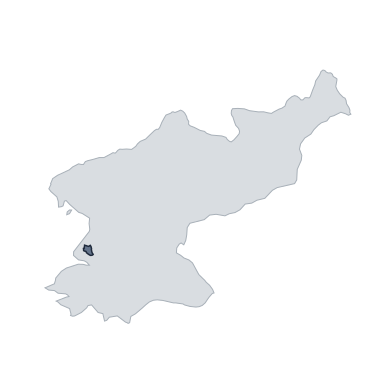 Kangso, P'yŏngan-namdo, North Korea shown in context, rotated 11°
{"feature_id": "82179303B75449776739739", "entity_name": "Kangso", "entity_type": "district", "adm_level": 2, "iso_a3": "PRK", "parent_name": "North Korea", "parent_adm1": "P'yŏngan-namdo", "projection": "robinson", "projection_center": [125.47, 38.953], "detail": "fine", "context": "in_parent", "style": "filled", "palette": "slate", "viewbox_px": 384, "rotation_deg": 11, "n_neighbors": 0, "source": "geoboundaries", "source_scale": "gbopen_adm2", "svg_char_len": 3736}
<svg xmlns="http://www.w3.org/2000/svg" viewBox="0 0 384 384"><g transform="rotate(11 192 192)"><path d="M232.9,286.9L231.3,287.7L228.6,292.4L226.1,298.3L223.7,301.4L220.9,303.2L217.8,304.2L211.8,304.7L206.3,304.3L204.5,303.6L197.0,304.0L194.9,304.4L184.1,304.0L178.4,304.5L174.8,305.6L171.2,308.0L168.1,311.6L165.3,315.4L159.7,322.4L155.7,325.8L155.7,330.7L155.7,332.2L154.3,333.2L153.8,332.8L151.5,332.4L142.3,327.9L134.7,330.7L132.8,334.2L130.8,335.4L127.7,328.4L122.8,328.2L115.0,322.0L111.6,323.3L110.7,325.8L106.4,331.4L100.4,336.1L98.5,336.7L96.3,336.4L96.6,335.1L94.1,329.8L84.7,327.7L81.3,325.5L79.5,325.0L88.8,319.1L91.2,318.1L89.4,316.7L87.4,316.1L79.8,316.9L75.8,315.0L70.1,315.6L66.0,314.1L74.4,308.4L74.8,305.0L74.7,302.4L78.9,294.8L83.2,290.6L94.1,284.6L98.9,283.8L102.4,284.0L105.2,283.4L102.2,281.1L99.3,280.1L93.6,280.3L87.8,276.9L87.2,273.2L98.7,250.3L98.8,248.2L97.0,242.6L96.5,237.2L88.3,234.0L84.7,233.6L74.3,227.5L70.1,224.4L68.5,225.3L68.1,230.2L66.7,231.3L63.9,232.3L62.5,226.7L60.3,222.6L53.4,218.5L50.9,216.2L52.1,211.3L51.6,210.9L52.7,205.4L56.9,201.2L67.4,193.6L70.1,190.1L75.3,186.0L77.7,186.1L80.2,185.7L80.9,183.9L81.5,182.5L83.6,181.2L88.6,178.9L94.4,175.9L99.0,175.0L104.6,170.5L106.9,168.5L109.2,168.5L109.9,167.6L111.2,165.3L112.9,163.7L115.4,163.4L119.5,162.3L124.6,161.7L128.1,157.9L129.3,155.2L131.5,152.2L136.4,148.9L139.7,144.1L143.4,138.9L145.2,137.2L146.9,136.9L148.0,134.9L149.1,129.4L150.8,124.0L151.8,121.4L156.1,118.7L157.1,117.3L158.1,116.9L160.1,117.2L162.7,115.6L165.2,113.8L167.5,114.4L169.8,115.9L172.3,118.9L173.4,121.3L175.3,123.3L175.7,126.2L177.6,127.4L181.7,128.1L188.4,130.0L192.7,130.1L195.2,131.6L200.3,132.4L210.6,131.3L214.9,131.9L216.6,133.7L219.3,135.2L221.0,135.3L223.2,132.8L225.6,128.8L227.2,125.7L227.1,123.3L225.6,120.7L222.2,118.2L219.9,114.4L217.8,110.5L216.5,109.3L215.5,107.4L215.2,104.5L215.9,102.5L221.0,101.2L227.6,100.4L232.9,101.2L241.8,100.7L247.2,99.6L251.3,99.8L255.0,99.7L256.6,98.1L261.7,94.0L264.2,92.6L266.9,89.9L267.3,87.0L267.8,84.7L269.3,82.3L272.0,79.2L274.3,77.8L276.8,78.0L279.6,79.4L281.3,80.8L283.3,80.4L284.8,78.0L285.9,77.6L289.0,77.3L289.9,75.9L291.0,68.8L292.1,63.3L292.2,59.4L294.9,53.0L295.7,49.1L297.3,47.3L299.2,47.4L300.8,48.6L302.8,49.2L305.5,48.6L307.3,49.6L308.6,51.7L312.5,53.1L312.9,54.2L313.0,61.1L315.2,64.4L318.2,67.4L322.2,70.1L324.3,70.7L325.7,72.6L326.9,75.9L329.9,79.1L331.4,81.5L331.7,83.9L333.1,85.3L330.9,86.8L327.8,85.9L322.9,85.3L316.6,90.1L313.2,91.8L310.8,96.5L305.9,99.3L303.2,102.3L299.8,107.5L297.6,112.5L292.4,117.5L289.4,124.0L289.3,129.4L292.8,135.1L293.2,139.9L291.0,149.7L292.5,160.2L291.1,164.2L274.8,171.4L270.6,175.0L264.7,184.3L257.3,187.7L252.8,191.5L246.5,193.7L242.5,200.3L238.1,204.0L232.8,206.2L228.9,209.1L219.9,209.3L213.7,211.3L209.3,216.8L195.9,223.1L194.1,227.8L195.0,235.2L195.1,240.8L194.0,245.4L191.0,244.1L189.4,245.6L187.7,249.8L188.3,254.7L192.9,256.3L196.7,258.3L202.0,259.3L206.0,261.5L214.5,271.8L221.4,276.3L223.2,277.9L227.1,280.2L230.8,283.7L232.9,286.9ZM75.9,236.6L73.4,238.2L73.3,235.4L75.2,233.0L77.3,232.7L75.9,236.6Z" fill="#d9dde1" stroke="#a8b0b8" stroke-width="1"/><path d="M103.8,266.0L103.2,264.7L102.3,263.8L101.9,264.2L101.7,264.4L101.0,265.1L100.2,265.1L99.2,265.0L98.2,264.8L97.4,264.8L96.7,264.7L96.8,265.7L96.8,267.1L97.0,267.7L96.2,268.1L96.3,268.5L96.4,268.8L96.8,269.7L96.8,270.2L97.0,270.3L97.8,270.5L98.4,270.5L98.9,270.5L99.3,270.6L99.7,271.2L100.0,271.8L100.8,272.1L101.6,272.6L102.4,272.9L103.3,273.3L104.4,273.6L104.7,273.5L105.6,273.3L105.8,273.2L106.3,272.9L106.7,272.5L106.9,272.0L105.9,271.2L105.5,270.6L105.1,269.9L104.8,269.2L104.5,268.4L104.2,267.7L104.2,267.1L104.1,266.5L103.8,266.0Z" fill="#64748b" stroke="#1e293b" stroke-width="1.5"/></g></svg>